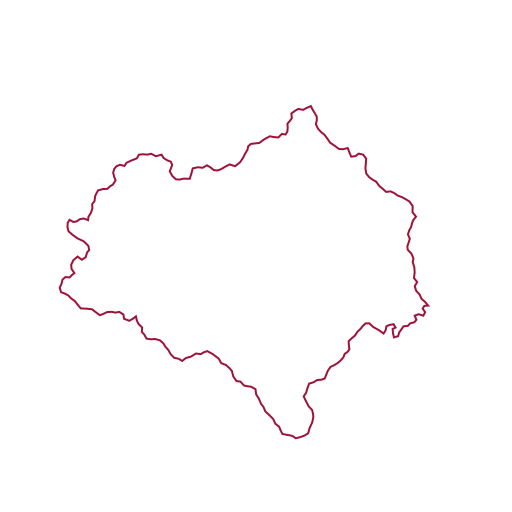 the district of Jequeri, Minas Gerais, Brazil, rotated 129°
{"feature_id": "56859067B7862163719601", "entity_name": "Jequeri", "entity_type": "district", "adm_level": 2, "iso_a3": "BRA", "parent_name": "Brazil", "parent_adm1": "Minas Gerais", "projection": "robinson", "projection_center": [-42.617, -20.475], "detail": "fine", "context": "isolated", "style": "outline", "palette": "rose", "viewbox_px": 512, "rotation_deg": 129, "n_neighbors": 0, "source": "geoboundaries", "source_scale": "gbopen_adm2", "svg_char_len": 3701}
<svg xmlns="http://www.w3.org/2000/svg" viewBox="0 0 512 512"><g transform="rotate(129 256 256)"><path d="M344.9,110.2L342.6,112.6L340.4,115.4L339.7,120.4L337.7,125.1L335.1,130.6L330.6,131.0L326.7,132.7L321.8,134.4L317.9,131.8L314.0,130.5L310.9,127.3L308.0,125.5L304.4,126.6L299.7,128.0L295.3,128.3L292.0,126.7L288.2,125.3L284.2,124.5L279.8,124.3L276.2,125.5L273.0,124.5L269.8,124.7L267.3,127.3L263.9,130.4L259.7,129.8L255.4,129.0L251.0,129.5L246.9,128.9L243.1,129.0L239.4,128.4L237.0,125.5L237.4,120.3L236.2,113.0L236.0,108.1L232.2,108.5L228.5,110.4L225.5,108.8L222.4,106.1L223.8,102.5L226.7,103.9L230.0,100.7L232.4,97.6L228.9,95.1L225.3,96.6L222.1,96.8L217.8,97.1L214.7,94.0L211.3,93.8L207.8,91.2L204.6,91.2L202.5,95.1L198.9,93.0L197.1,88.4L193.2,89.2L192.0,93.4L188.8,93.8L186.2,91.0L185.2,96.2L185.2,100.3L182.9,104.7L182.2,109.7L179.6,113.6L174.8,114.4L173.7,119.4L169.0,122.3L165.1,125.9L162.1,130.4L158.9,132.0L156.5,136.4L155.6,142.1L153.2,144.5L149.9,145.7L145.8,147.3L143.6,151.5L139.8,153.0L135.5,153.8L131.8,155.6L128.7,156.4L124.7,156.4L123.5,161.9L118.6,165.7L117.1,171.1L117.6,175.0L118.4,179.6L119.9,184.1L120.1,187.9L121.1,192.1L124.3,195.2L124.0,200.0L124.0,204.3L122.6,209.5L123.3,213.4L123.5,217.8L122.5,222.3L118.7,226.4L114.6,229.1L111.0,231.7L109.8,236.4L111.8,240.6L115.8,241.6L118.9,244.5L116.8,248.4L114.4,252.7L118.2,255.5L120.6,258.8L120.8,264.0L121.3,269.7L119.9,274.4L118.7,279.0L118.7,283.8L118.0,288.0L115.9,292.4L112.0,294.3L109.4,296.6L108.1,300.0L106.7,303.9L105.0,307.7L109.4,310.0L112.7,311.3L115.1,315.7L118.7,317.1L123.0,318.2L126.3,314.9L129.9,314.7L133.5,314.8L136.1,312.3L139.6,309.9L143.0,309.5L144.8,312.7L149.9,313.3L152.2,316.8L154.3,320.6L160.0,323.0L166.1,324.6L169.3,327.8L172.1,330.5L175.6,331.1L178.8,329.5L183.2,328.9L188.1,327.8L193.4,327.4L199.4,328.8L201.4,334.1L205.7,336.0L210.3,337.7L213.7,339.7L215.8,342.8L215.8,347.3L216.4,351.2L220.9,352.9L223.6,357.0L227.7,360.3L232.8,358.0L237.7,356.1L241.5,361.0L244.6,363.4L246.8,366.5L246.5,371.3L244.5,376.3L238.0,378.4L236.3,381.6L237.5,385.2L238.0,389.5L236.7,393.2L241.5,396.6L242.5,401.8L245.6,404.2L248.0,407.8L251.0,410.8L255.0,410.0L260.7,413.2L265.0,415.3L268.8,414.9L270.7,419.1L274.0,420.9L277.4,421.0L281.1,419.5L283.7,416.1L285.6,412.7L290.6,412.2L293.7,413.3L297.4,413.8L300.1,416.9L304.3,420.0L307.5,419.5L310.7,418.7L314.8,416.1L318.9,415.9L321.7,413.3L326.1,411.5L330.9,410.9L333.8,409.1L335.4,413.7L338.5,416.2L341.9,417.1L344.5,419.3L345.2,423.6L348.8,423.2L352.4,420.5L354.8,417.2L355.0,411.9L354.6,405.7L353.0,399.1L353.6,392.7L356.3,389.4L359.5,389.5L364.2,387.6L368.5,389.0L368.7,394.3L374.2,395.3L379.2,394.1L382.1,391.2L383.6,386.4L386.8,387.1L390.0,387.4L392.4,390.9L396.2,391.5L399.6,389.8L404.2,388.6L406.8,384.7L405.5,380.9L404.8,377.3L405.3,372.9L405.0,368.5L406.1,363.8L407.0,359.2L403.4,354.3L400.6,349.9L400.5,345.2L400.3,340.1L397.0,338.2L393.1,336.3L390.0,332.7L388.4,329.5L385.5,327.2L384.9,322.2L387.8,319.1L386.1,313.7L382.4,312.3L378.5,311.3L381.2,307.9L382.8,304.4L383.2,299.5L386.8,297.0L387.4,293.3L389.1,289.1L386.9,285.3L384.0,282.2L382.0,277.6L382.2,272.9L383.5,269.5L384.2,265.0L386.0,260.6L386.6,255.6L384.5,251.3L384.0,247.3L379.4,246.3L375.1,243.2L369.6,241.3L367.0,237.2L363.6,235.9L360.6,234.0L359.5,228.1L359.2,220.4L361.2,215.6L359.6,210.8L359.8,206.5L360.5,202.4L363.8,198.0L365.5,192.4L363.4,189.1L364.2,183.9L362.6,180.7L360.7,177.6L359.8,172.6L363.4,168.9L365.0,164.1L367.7,159.0L368.7,155.0L370.9,151.0L371.3,144.9L371.9,139.9L374.2,135.4L374.1,130.6L376.1,127.0L377.7,123.5L375.3,119.0L372.9,114.6L372.6,110.4L368.9,107.6L365.0,105.3L361.0,103.9L355.9,106.1L349.9,107.6L344.9,110.2Z" fill="none" stroke="#9f1239" stroke-width="2"/></g></svg>